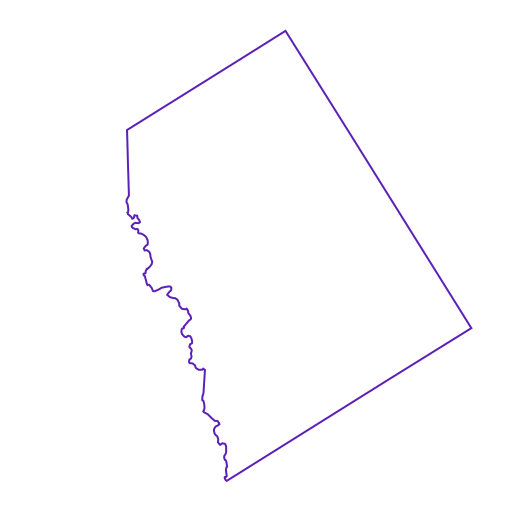 outline of Iron, Michigan, United States of America, rotated 58°
{"feature_id": "52423323B77509587550290", "entity_name": "Iron", "entity_type": "district", "adm_level": 2, "iso_a3": "USA", "parent_name": "United States of America", "parent_adm1": "Michigan", "projection": "mercator", "projection_center": [-88.526, 46.17], "detail": "fine", "context": "isolated", "style": "outline", "palette": "violet", "viewbox_px": 512, "rotation_deg": 58, "n_neighbors": 0, "source": "geoboundaries", "source_scale": "gbopen_adm2", "svg_char_len": 2763}
<svg xmlns="http://www.w3.org/2000/svg" viewBox="0 0 512 512"><g transform="rotate(58 256 256)"><path d="M80.7,111.7L80.8,162.5L80.8,298.6L97.7,308.5L99.9,309.8L104.1,312.3L137.2,331.6L137.9,332.4L138.3,333.4L139.7,335.8L141.1,336.9L142.1,337.4L143.2,337.3L144.7,337.7L149.1,339.7L150.7,341.0L151.2,341.6L151.1,342.0L152.6,342.4L156.6,341.1L158.8,341.2L159.0,340.5L158.8,339.3L157.1,337.5L158.9,335.4L160.6,336.3L163.6,336.0L165.7,336.4L165.9,336.8L165.9,338.2L163.9,340.8L163.8,341.6L163.8,342.8L164.5,345.3L165.4,345.9L166.9,345.6L169.5,343.9L169.9,343.0L170.0,342.6L170.3,342.4L170.5,342.2L170.9,342.1L171.3,342.1L171.9,342.2L173.4,343.4L173.9,343.6L174.9,343.2L175.8,341.9L176.5,341.2L178.8,340.0L181.4,339.1L185.1,339.5L187.5,340.7L189.0,342.1L188.9,344.1L190.1,347.2L192.2,347.5L193.3,345.4L195.6,344.4L197.9,344.5L200.8,345.9L204.1,346.7L205.8,347.0L207.6,348.7L208.9,351.9L209.4,354.9L209.1,354.9L209.0,355.4L210.5,357.7L211.9,358.7L212.0,359.2L211.7,359.8L211.5,360.7L212.0,361.1L212.3,361.3L212.9,361.3L214.4,361.0L222.5,363.5L223.2,363.4L223.6,362.0L223.9,361.8L227.9,361.4L230.9,361.9L231.8,361.3L232.3,360.3L232.9,355.5L232.9,352.9L234.5,348.5L235.9,345.5L236.9,344.7L238.3,344.7L240.0,346.1L240.2,346.5L240.4,348.2L241.6,351.6L241.9,351.9L245.3,350.8L248.3,348.0L248.9,346.9L251.4,345.8L255.6,346.2L257.3,347.4L261.1,346.9L262.0,346.3L263.6,344.4L264.2,343.3L264.0,342.8L264.6,342.6L266.9,342.8L268.3,343.6L271.8,343.3L273.8,343.8L274.7,344.3L275.1,345.0L275.2,347.1L277.6,354.6L278.1,354.6L278.9,355.4L278.9,355.8L278.4,356.9L278.6,357.6L280.6,359.4L282.9,360.1L286.0,359.6L287.2,359.0L288.0,357.9L287.6,356.8L287.8,355.6L289.3,354.3L291.4,354.4L294.2,355.2L295.9,356.3L296.1,357.1L295.9,358.6L297.5,360.5L298.2,360.7L300.4,360.2L301.8,360.4L303.3,361.7L304.0,362.8L307.2,364.0L308.3,365.3L308.7,366.3L308.5,367.2L309.5,368.3L310.9,369.1L311.7,369.0L313.3,366.9L313.7,366.6L316.6,365.7L318.1,366.2L319.6,366.2L322.2,364.8L324.0,361.7L323.6,360.5L325.6,359.7L343.9,372.8L345.7,374.5L346.4,375.6L349.6,377.9L351.0,377.4L354.0,378.3L357.4,380.1L359.0,381.5L359.7,383.0L360.8,383.0L364.5,380.8L370.5,379.4L374.1,378.2L375.2,376.3L375.9,375.9L377.8,376.1L377.8,375.9L378.2,375.8L379.3,376.2L379.5,378.7L379.2,379.9L379.5,381.3L380.1,382.5L380.8,383.5L382.0,384.3L384.6,385.2L386.7,385.0L388.3,384.4L389.0,384.5L391.9,385.4L393.4,386.8L394.0,387.0L397.1,386.5L397.0,383.8L398.8,381.9L399.4,381.8L401.1,382.1L402.0,382.4L406.7,385.4L407.7,386.6L408.8,388.9L409.9,389.8L412.3,390.4L412.7,390.0L414.4,390.0L419.4,392.2L419.4,392.8L419.6,393.1L421.5,394.9L427.0,397.4L427.5,398.3L427.0,399.1L426.9,399.6L427.4,400.1L429.2,400.5L430.5,400.3L431.2,400.0L431.0,212.2L431.3,111.6L205.7,111.5L80.7,111.7Z" fill="none" stroke="#5b21b6" stroke-width="2"/></g></svg>